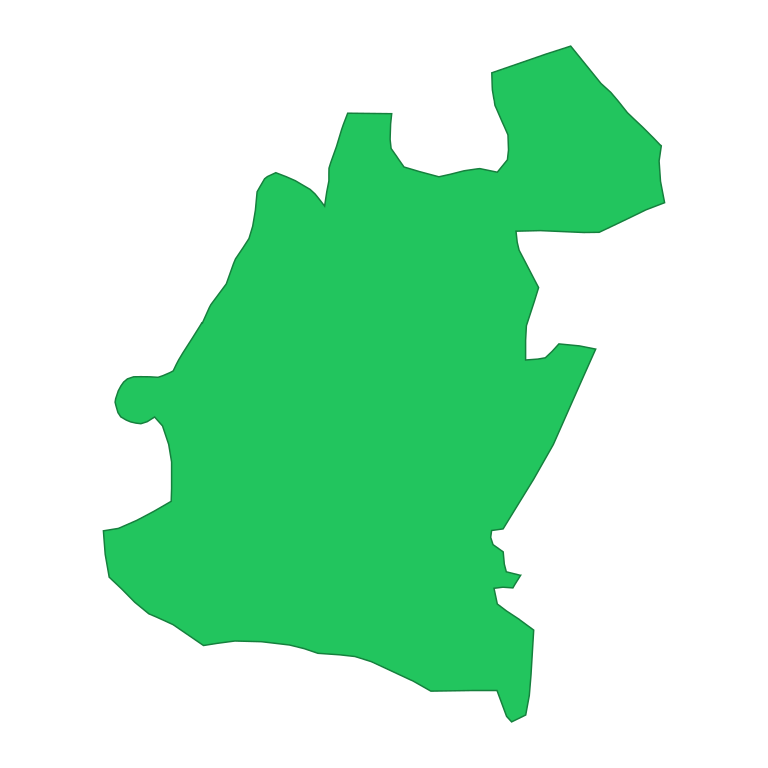 the district of Bereket, Balkan, Turkmenistan
{"feature_id": "10190150B43473123823457", "entity_name": "Bereket", "entity_type": "district", "adm_level": 2, "iso_a3": "TKM", "parent_name": "Turkmenistan", "parent_adm1": "Balkan", "projection": "natural_earth1", "projection_center": [55.542, 39.495], "detail": "fine", "context": "isolated", "style": "filled", "palette": "green", "viewbox_px": 768, "rotation_deg": 0, "n_neighbors": 0, "source": "geoboundaries", "source_scale": "gbopen_adm2", "svg_char_len": 2594}
<svg xmlns="http://www.w3.org/2000/svg" viewBox="0 0 768 768"><path d="M104.2,530.7L103.4,530.8L104.1,540.2L105.2,554.3L109.2,577.2L121.5,588.8L134.8,602.3L148.8,613.8L156.8,617.2L173.0,624.6L187.0,634.2L203.5,645.5L217.5,643.3L234.9,641.0L261.5,641.7L289.5,645.0L304.4,648.7L317.9,653.3L339.6,654.8L354.9,656.5L371.2,661.6L411.6,680.4L412.1,680.5L430.8,691.1L432.6,691.1L472.7,690.5L497.0,690.5L501.3,702.1L506.6,716.4L511.6,721.9L525.7,715.0L529.3,695.5L531.0,675.0L532.5,650.0L533.7,630.1L519.3,619.5L519.3,619.4L506.4,610.9L497.3,604.0L494.0,588.3L502.9,587.2L512.9,587.9L514.8,584.6L520.6,575.3L520.3,575.3L506.3,571.8L504.3,564.1L503.2,551.9L493.0,544.6L490.7,537.4L491.6,530.5L503.1,528.9L519.0,503.0L533.6,479.3L553.3,444.6L571.7,403.0L583.4,376.6L595.7,349.1L579.5,345.9L558.9,343.9L552.0,351.5L545.3,357.8L537.7,359.1L525.6,360.0L525.6,340.4L526.4,325.7L534.3,301.5L538.6,287.6L534.4,279.6L526.0,263.4L519.1,250.2L517.2,242.2L516.0,231.2L540.3,230.6L565.2,231.7L583.9,232.5L599.2,232.3L611.0,226.7L632.5,216.4L645.8,209.9L664.6,202.7L660.5,181.3L659.1,161.0L661.3,145.8L660.4,145.0L660.2,145.0L654.0,138.5L645.5,130.0L643.1,127.6L634.1,119.1L627.4,112.7L618.1,101.0L610.8,92.4L601.0,83.5L570.7,46.1L546.2,54.0L491.8,72.8L492.0,79.3L492.2,86.1L492.4,90.1L493.3,95.4L493.8,98.5L494.4,101.1L494.5,102.5L495.0,105.5L496.2,108.1L497.5,111.1L500.1,117.1L502.4,122.4L504.5,127.0L507.9,134.7L508.0,135.7L508.3,144.5L508.5,150.1L507.4,159.8L497.3,172.2L479.8,168.6L477.1,168.9L470.1,169.9L464.0,170.8L450.6,174.2L438.9,176.8L419.5,171.6L404.0,167.0L397.7,158.0L397.5,157.6L391.1,148.5L390.1,139.3L390.3,133.2L390.6,124.5L390.6,124.1L391.1,119.3L391.7,113.7L347.7,113.2L343.4,124.4L341.6,129.6L336.5,146.5L330.8,162.4L329.0,168.2L328.9,173.9L328.9,180.9L326.8,191.6L324.6,206.1L319.1,199.0L315.0,193.9L310.1,189.4L301.4,184.3L295.3,180.7L286.2,176.7L275.8,172.7L267.4,176.6L264.6,178.8L259.7,187.2L257.1,191.8L255.4,210.2L252.7,226.2L249.0,238.5L243.0,247.8L235.5,258.9L233.5,263.7L226.3,283.9L210.9,304.6L209.3,307.6L202.3,323.2L201.8,323.1L201.7,323.0L201.0,324.3L192.1,338.5L182.8,353.0L178.6,360.0L176.3,364.4L173.2,370.9L170.0,372.6L162.8,375.7L158.1,377.3L154.6,377.1L149.6,376.8L140.7,376.7L133.6,376.8L127.4,378.9L123.7,382.0L121.0,385.8L118.2,391.0L117.7,392.6L116.1,397.4L115.7,398.5L115.1,402.2L115.8,405.1L116.7,408.3L118.0,412.7L120.8,416.9L126.3,420.1L130.6,421.9L135.9,423.1L140.9,423.7L147.2,421.7L154.6,417.0L162.5,425.9L168.7,444.4L171.6,462.0L171.6,488.5L171.2,501.3L153.9,511.3L136.7,520.4L118.4,528.4L104.2,530.7Z" fill="#22c55e" stroke="#15803d" stroke-width="1.5"/></svg>